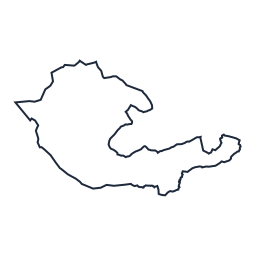 Ushongo, Benue, Nigeria (orthographic projection)
{"feature_id": "59680162B69595078054024", "entity_name": "Ushongo", "entity_type": "district", "adm_level": 2, "iso_a3": "NGA", "parent_name": "Nigeria", "parent_adm1": "Benue", "projection": "orthographic", "projection_center": [9.129, 7.115], "detail": "fine", "context": "isolated", "style": "outline", "palette": "slate", "viewbox_px": 256, "rotation_deg": 0, "n_neighbors": 0, "source": "geoboundaries", "source_scale": "gbopen_adm2", "svg_char_len": 4126}
<svg xmlns="http://www.w3.org/2000/svg" viewBox="0 0 256 256"><path d="M239.7,140.3L236.0,138.3L231.5,137.0L228.0,136.1L224.5,135.5L223.8,134.6L223.1,134.9L222.0,135.6L222.0,136.4L222.3,137.3L221.7,138.0L221.3,138.1L220.6,138.1L220.1,138.7L220.0,139.2L220.7,140.7L220.7,141.3L221.5,142.8L220.6,144.4L219.7,146.4L217.3,148.4L215.3,150.2L212.5,149.3L211.1,152.4L208.7,153.6L207.9,152.9L203.2,150.5L200.4,137.9L200.6,136.9L199.3,137.2L198.7,137.3L197.4,137.2L196.6,137.4L195.2,138.2L192.7,139.7L189.1,141.7L188.6,141.6L188.1,141.5L187.9,141.6L187.3,141.6L186.3,141.9L186.0,142.1L184.5,143.1L182.8,143.6L182.3,143.9L181.0,144.2L179.8,144.2L178.7,144.2L177.8,144.3L176.9,144.3L174.4,146.1L173.4,146.8L172.0,147.1L171.1,147.5L169.3,148.6L166.6,149.3L163.4,150.2L161.7,151.1L160.9,151.0L159.9,151.3L157.8,152.8L157.3,151.9L156.6,151.3L155.5,150.6L154.7,150.4L154.0,150.5L152.7,150.4L150.8,150.3L149.8,149.8L148.8,149.7L148.4,149.5L147.8,148.7L147.1,148.1L146.4,147.2L145.4,146.4L145.0,146.2L144.4,146.2L143.6,146.7L141.7,148.5L140.9,149.4L139.9,149.7L139.1,150.2L137.5,150.8L136.0,151.3L134.4,152.2L132.5,153.4L131.6,154.0L130.6,155.1L129.9,155.8L128.6,156.4L127.5,156.4L126.6,156.8L125.9,157.1L125.5,157.1L124.4,156.2L123.0,155.6L122.1,155.5L121.3,155.7L120.0,155.2L118.4,154.6L117.5,154.5L117.4,153.0L116.0,151.5L113.4,149.7L111.5,149.0L110.9,148.6L109.9,147.5L109.4,146.5L108.6,144.5L109.3,140.8L110.3,138.6L112.0,136.9L114.3,134.6L116.2,132.2L117.4,130.5L119.7,128.2L120.9,126.6L123.9,125.5L125.4,124.4L127.3,124.6L129.3,124.1L131.4,124.0L132.0,122.8L132.1,121.3L130.5,119.5L128.9,117.0L128.1,115.9L127.2,113.7L125.7,111.8L128.0,109.8L130.9,105.1L132.4,105.9L134.1,106.5L135.3,107.1L137.2,108.6L138.1,109.7L139.5,110.6L141.7,111.2L143.4,112.2L144.9,111.7L146.2,111.5L147.5,111.0L148.2,110.5L149.7,110.1L152.2,108.5L152.0,105.2L150.1,101.1L148.0,98.3L146.2,95.6L143.0,92.3L142.5,91.1L126.4,85.1L125.8,84.1L124.8,83.0L122.5,80.5L120.1,79.3L116.2,76.3L112.9,76.3L110.6,77.1L104.2,78.1L103.3,77.2L102.9,76.7L102.7,76.2L102.5,75.5L101.8,72.9L101.4,71.3L101.1,70.7L99.9,69.3L98.2,67.5L97.7,66.5L97.3,65.4L96.2,62.5L96.1,61.8L93.6,62.8L86.9,64.4L86.0,64.9L81.0,61.6L79.7,60.7L78.9,62.0L74.9,65.3L74.0,65.7L73.5,65.6L64.8,64.9L63.1,67.1L61.3,67.4L51.5,72.7L53.0,81.4L50.3,85.8L45.3,89.4L40.7,99.8L34.7,101.7L29.3,101.1L15.4,102.4L30.2,120.4L31.6,118.5L35.1,120.5L38.2,125.4L37.0,127.9L35.9,130.8L38.2,138.2L38.3,139.3L37.6,142.3L39.8,147.3L41.6,147.2L44.7,149.7L50.6,155.2L56.2,163.2L57.9,165.4L59.8,168.0L61.4,169.1L67.7,174.2L71.2,176.2L75.7,178.6L77.3,179.8L80.3,182.1L81.7,183.9L93.1,188.6L100.8,187.7L106.5,184.9L114.0,185.8L120.8,185.1L124.8,184.7L130.9,183.9L131.9,184.8L134.5,186.1L137.3,185.4L138.6,186.8L140.7,187.1L141.8,187.1L143.1,187.7L143.7,187.4L143.7,186.8L144.3,186.2L145.4,185.8L145.8,185.4L147.1,185.6L148.2,185.6L149.0,185.7L149.5,185.6L150.0,185.6L150.5,185.9L151.6,185.6L152.2,185.7L152.7,185.8L152.7,186.1L153.2,186.4L153.5,186.5L154.0,186.7L154.3,187.2L154.5,187.0L155.0,186.6L155.6,186.6L155.9,186.5L156.5,186.3L157.3,186.0L157.8,187.3L158.5,189.9L158.6,192.3L158.7,193.9L159.6,194.3L162.0,195.0L163.1,195.1L165.2,195.3L166.6,193.7L168.0,192.3L169.5,191.4L170.4,191.1L172.6,191.6L174.5,191.0L176.5,190.0L178.3,189.6L178.4,188.4L179.5,187.1L178.7,186.2L179.2,184.3L179.8,182.8L179.1,182.3L179.0,181.7L179.8,181.5L180.1,180.5L179.5,180.1L179.7,179.7L180.5,179.3L180.5,178.6L180.6,177.9L180.7,177.7L181.5,177.4L182.0,177.0L181.8,176.5L182.2,175.9L182.2,175.2L182.7,174.6L181.9,173.5L182.7,171.3L187.5,171.9L192.3,168.3L195.2,167.2L196.5,167.0L199.7,166.4L201.8,166.8L202.1,167.4L204.9,166.8L206.0,166.5L208.5,166.7L210.6,166.5L211.4,166.3L215.3,165.8L215.7,165.6L218.0,164.2L220.0,162.9L221.5,161.5L221.7,161.4L221.9,161.5L223.3,161.9L224.2,162.2L226.4,161.4L227.2,161.2L228.8,160.6L229.4,160.4L231.0,158.6L230.9,157.2L231.6,156.3L232.8,155.2L234.2,153.7L235.4,153.2L236.7,152.1L237.5,151.6L238.2,151.4L238.8,151.4L239.1,150.6L240.0,149.2L239.8,148.4L239.8,147.7L240.1,147.0L240.5,146.8L240.6,146.3L240.1,145.0L239.1,144.5L238.6,144.0L239.2,141.7L239.7,140.3Z" fill="none" stroke="#1e293b" stroke-width="2"/></svg>